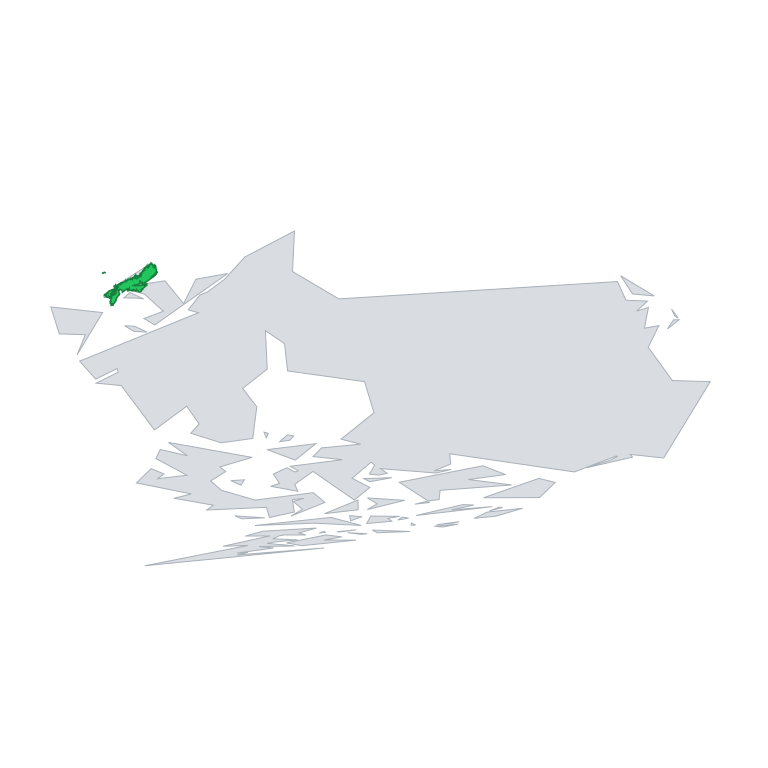 Nova Scotia highlighted on a map of Canada, rotated 175°
{"feature_id": "CAN-685", "entity_name": "Nova Scotia", "entity_type": "Province", "adm_level": 1, "iso_a3": "CAN", "parent_name": "Canada", "parent_adm1": "", "projection": "equal_earth", "projection_center": [-62.958, 45.228], "detail": "fine", "context": "in_parent", "style": "filled", "palette": "green", "viewbox_px": 768, "rotation_deg": 175, "n_neighbors": 0, "source": "natural_earth", "source_scale": "10m", "svg_char_len": 9806}
<svg xmlns="http://www.w3.org/2000/svg" viewBox="0 0 768 768"><g transform="rotate(175 384 384)"><path d="M117.6,397.6L96.4,362.3L58.8,357.9L111.8,285.9L144.9,292.4L142.7,289.5L189.8,282.9L164.9,288.5L158.0,291.3L158.9,292.1L202.0,279.8L324.6,308.8L324.5,298.5L341.7,293.1L324.4,293.0L340.0,290.8L394.8,300.0L388.6,294.7L397.3,293.7L406.3,295.5L400.4,304.0L403.7,307.2L424.1,292.9L407.1,282.2L423.7,271.0L462.3,303.1L481.7,291.8L479.1,284.6L505.8,292.0L496.7,294.1L502.1,303.9L487.9,309.0L481.1,304.6L479.1,304.2L477.1,305.1L484.5,310.2L432.1,312.2L461.0,317.9L451.7,325.8L412.4,326.1L431.6,332.8L396.5,356.2L403.1,388.0L478.9,405.4L479.6,432.9L497.5,447.5L499.0,409.1L525.2,391.9L512.7,372.4L519.5,341.2L551.3,339.6L580.8,351.8L571.6,360.3L582.5,379.1L616.7,358.2L645.9,405.4L670.7,409.9L647.8,418.9L648.4,422.7L670.8,414.0L685.2,433.3L562.6,471.2L572.5,474.9L559.7,488.6L551.9,491.1L533.8,502.1L511.5,522.7L459.9,544.2L465.3,504.0L421.6,472.7L142.5,465.7L135.7,446.4L114.3,443.6L126.0,434.5L113.9,437.3L119.7,416.9L105.1,418.2L117.6,397.6ZM473.9,277.0L485.4,276.9L484.4,264.3L509.7,261.0L511.9,271.4L571.6,273.9L564.7,278.2L603.2,288.5L585.5,291.3L639.2,307.0L623.4,320.0L611.1,313.6L617.7,309.4L588.2,310.3L617.7,329.6L612.6,338.3L586.0,329.6L603.8,344.6L521.8,322.4L554.7,315.7L549.3,310.6L565.1,302.6L555.2,292.3L522.5,279.6L464.0,281.9L453.2,271.2L488.2,260.5L476.2,266.3L484.6,274.9L473.9,277.0ZM457.8,225.9L638.2,223.8L533.6,235.0L558.5,236.4L510.9,242.6L535.4,244.6L517.5,247.9L463.7,246.4L481.6,243.1L475.0,240.4L496.1,242.3L501.6,241.9L508.3,239.5L483.6,236.2L505.0,236.2L514.4,235.4L487.2,230.5L522.6,232.9L508.2,230.3L545.1,228.4L534.2,228.1L545.3,226.5L457.8,225.9ZM265.6,272.3L337.4,273.2L339.2,264.1L350.5,263.8L377.4,284.8L292.7,293.9L270.8,283.2L308.3,281.5L265.6,272.3ZM593.3,505.9L576.6,481.5L562.3,504.8L530.1,507.7L607.3,462.8L617.4,470.2L597.4,475.7L614.9,494.5L643.9,504.6L606.7,523.9L601.8,513.1L624.5,503.8L593.3,505.9ZM239.0,257.3L294.8,262.0L237.9,276.5L222.1,271.0L239.0,257.3ZM425.5,230.9L480.2,230.1L494.9,234.2L454.9,238.7L439.4,235.4L457.3,233.8L425.5,230.9ZM419.0,245.1L466.1,251.5L524.9,254.3L448.6,255.7L419.0,245.1ZM286.8,252.4L363.5,250.2L315.9,257.0L305.0,255.6L327.6,252.7L286.8,252.4ZM687.2,439.8L677.2,459.2L703.1,462.2L709.2,489.8L658.1,479.7L687.2,439.8ZM373.5,266.3L411.6,260.4L401.3,265.2L410.4,271.9L373.5,266.3ZM457.2,330.5L479.0,315.9L506.2,328.8L457.2,330.5ZM420.7,261.0L454.5,260.0L420.0,270.7L420.7,261.0ZM305.9,242.3L292.3,247.4L256.7,248.1L284.0,242.6L305.9,242.3ZM413.4,246.5L408.7,253.6L380.0,250.8L391.8,249.8L388.2,246.6L413.4,246.5ZM370.8,234.8L403.7,236.4L408.4,239.5L370.8,234.8ZM107.2,448.2L128.5,452.0L138.8,471.2L107.2,448.2ZM514.4,261.1L537.4,262.1L544.0,265.6L514.4,261.1ZM384.3,290.0L406.7,287.9L412.4,291.5L384.3,290.0ZM429.3,250.6L429.6,255.8L417.4,253.7L429.3,250.6ZM419.7,236.2L433.3,239.1L413.8,236.3L419.7,236.2ZM535.4,295.6L545.0,301.1L531.4,300.7L535.4,295.6ZM327.5,239.4L343.9,239.2L321.0,240.3L327.5,239.4ZM363.6,261.6L352.8,263.2L348.5,262.0L363.6,261.6ZM648.2,486.3L646.3,499.7L649.8,493.7L653.8,497.4L646.9,501.4L640.4,500.1L648.2,486.3ZM337.9,236.4L346.3,237.9L322.3,238.0L337.9,236.4ZM637.3,464.6L627.2,463.2L615.7,456.4L628.7,458.3L637.3,464.6ZM492.8,335.7L484.5,341.8L478.4,340.0L482.9,336.1L492.8,335.7ZM84.4,422.3L96.8,414.2L90.0,422.7L84.4,422.3ZM424.4,241.1L441.1,240.5L443.7,241.0L424.4,241.1ZM382.1,247.3L377.1,249.9L371.2,248.2L382.1,247.3ZM616.0,489.7L622.0,491.0L635.6,492.5L629.2,497.3L616.0,489.7ZM506.0,340.7L507.7,346.5L503.6,345.0L506.0,340.7ZM290.0,248.3L280.0,251.2L276.7,250.7L290.0,248.3ZM461.6,241.2L456.2,242.4L455.4,241.4L461.6,241.2ZM369.3,241.0L368.8,243.1L364.8,240.7L369.3,241.0ZM85.2,423.9L88.5,426.5L91.0,433.6L85.2,423.9Z" fill="#d9dde1" stroke="#a8b0b8" stroke-width="1"/><path d="M618.0,497.4L619.3,497.0L620.1,497.2L620.9,498.2L621.7,498.4L621.3,498.7L621.9,498.6L622.0,498.9L622.1,498.4L623.5,498.3L624.2,498.6L623.6,498.5L624.0,498.9L623.3,499.1L625.7,499.1L624.4,499.5L625.2,500.0L626.0,499.4L625.9,499.8L627.0,499.6L626.6,499.1L629.4,499.5L630.3,499.5L629.6,499.6L630.6,500.1L629.5,500.5L629.3,500.9L629.7,500.6L629.6,501.2L630.0,500.7L630.4,501.0L630.4,500.5L630.8,500.3L631.9,500.6L631.6,501.2L632.0,501.2L632.9,500.5L632.2,500.7L632.4,500.5L633.6,500.2L636.6,498.2L636.7,498.4L636.5,498.8L636.9,500.3L638.3,501.1L638.8,500.9L639.0,501.2L639.5,500.4L640.1,500.3L640.8,501.0L641.3,501.8L642.2,502.3L642.1,502.9L640.2,503.7L640.3,503.9L644.2,504.2L644.4,504.4L644.4,504.8L643.9,504.5L644.0,504.9L643.2,505.5L642.9,505.2L643.2,504.8L642.8,504.9L642.7,505.6L642.4,505.0L641.9,505.0L641.3,505.4L641.2,505.7L641.4,505.7L641.0,506.0L639.5,506.2L638.5,505.9L638.4,505.9L638.9,506.5L638.6,506.5L638.9,506.8L638.3,506.6L637.9,506.7L637.9,506.9L637.3,506.7L637.5,506.9L637.1,506.9L637.2,507.3L636.9,507.2L636.8,507.4L636.4,507.2L636.4,507.5L636.1,507.4L635.9,507.6L635.8,507.4L635.5,507.6L636.0,507.9L634.0,508.2L633.6,508.5L633.1,508.6L633.1,508.9L632.6,508.7L632.2,509.6L631.9,508.8L631.7,509.2L631.3,509.2L631.2,509.5L631.5,509.9L630.8,509.5L630.5,510.0L629.2,510.1L629.0,510.5L629.3,510.7L629.0,510.8L628.2,510.6L627.7,510.9L627.5,510.2L627.1,510.2L627.5,510.9L627.1,511.3L627.0,510.8L626.8,510.7L626.6,510.0L626.4,511.1L626.3,510.7L625.8,511.2L625.6,510.6L625.5,510.9L625.6,511.1L625.2,511.8L624.3,511.6L624.1,511.5L624.3,511.4L624.1,511.2L623.8,511.4L624.1,511.7L623.9,512.1L622.1,510.8L622.2,511.3L622.9,511.7L623.2,513.0L623.0,513.5L622.7,513.6L622.6,513.3L622.3,513.8L622.3,513.5L621.6,513.7L621.2,513.1L620.9,513.5L620.8,513.3L621.0,512.8L620.3,513.2L619.8,513.1L619.7,512.6L619.9,512.2L619.7,511.9L620.2,511.0L618.7,511.7L618.7,512.2L619.1,513.1L618.9,512.9L618.6,513.4L618.2,513.3L618.2,512.8L617.9,512.3L617.5,512.4L617.3,512.8L616.7,512.5L616.7,513.1L616.5,513.4L616.7,513.5L616.3,513.7L616.4,514.1L616.9,514.1L617.1,514.2L616.6,514.5L617.5,514.6L616.3,514.6L616.4,515.0L617.0,515.0L616.8,515.4L617.2,515.4L617.0,515.7L616.6,515.7L616.4,515.4L615.6,514.9L616.2,515.4L616.2,515.7L615.6,516.1L615.0,517.1L614.1,516.9L614.0,517.1L614.6,517.3L614.4,517.9L613.2,518.0L613.6,518.2L613.6,518.6L612.1,519.4L612.6,520.0L612.4,520.0L612.1,520.5L611.5,519.9L611.8,520.7L611.6,520.7L611.1,520.0L611.4,520.7L610.9,521.3L610.5,520.4L610.6,521.7L610.1,521.8L610.1,521.3L609.7,522.2L609.6,521.3L609.3,521.8L608.8,520.7L608.6,521.1L608.9,521.7L608.7,522.2L608.0,521.9L608.1,521.2L607.7,521.4L608.0,522.2L607.8,522.9L607.9,523.6L607.6,523.2L607.4,523.4L606.9,523.0L607.4,524.0L607.0,523.4L606.7,523.8L606.8,524.4L606.0,523.3L605.1,524.1L604.6,523.9L604.5,523.2L604.4,523.1L604.4,523.5L604.2,523.3L604.2,522.0L604.0,522.4L604.0,522.9L603.9,522.6L603.6,520.7L603.4,521.1L602.9,520.5L603.0,520.7L602.6,521.0L602.4,520.2L602.4,520.7L602.7,521.5L602.6,521.8L602.5,521.5L602.2,521.9L602.0,521.4L601.9,521.7L601.7,521.1L601.4,521.4L601.3,520.7L601.5,520.3L601.1,520.5L601.0,520.1L601.2,518.5L600.9,517.7L600.7,517.7L600.9,516.8L601.3,516.1L601.7,514.5L603.9,512.4L603.0,512.3L600.9,514.4L601.0,513.9L602.5,512.3L604.3,511.0L604.6,512.0L605.1,511.9L606.4,510.6L607.3,510.2L604.7,511.4L604.6,511.2L604.9,510.7L612.1,506.3L615.8,504.8L616.0,504.5L615.1,504.2L615.3,504.1L616.5,504.4L616.3,505.9L616.0,506.2L616.2,506.6L616.7,506.2L617.4,506.6L618.0,507.2L618.0,507.9L618.4,507.8L618.4,507.1L617.6,506.2L618.3,505.4L620.7,504.8L620.9,504.4L621.5,504.5L621.6,504.3L623.2,504.2L623.7,504.6L624.0,504.1L624.6,503.9L622.7,503.5L620.8,503.5L620.2,504.0L619.8,503.5L618.4,503.3L616.7,503.4L616.7,503.7L616.1,503.8L614.5,503.3L613.7,503.6L613.4,503.9L613.5,504.3L613.0,504.5L612.9,504.2L612.4,504.0L611.6,504.3L611.8,503.1L612.7,502.7L612.4,502.6L613.9,501.8L613.9,501.5L615.5,500.4L615.7,500.1L615.7,499.8L616.2,499.3L616.8,498.9L616.9,499.1L616.6,499.4L616.5,499.8L617.1,499.5L616.8,499.4L617.3,498.3L618.0,497.4ZM651.7,499.3L650.9,499.5L650.5,500.2L649.1,500.9L648.5,500.8L646.9,501.6L646.3,501.7L646.2,501.4L645.4,501.3L645.2,500.8L644.9,501.2L643.9,501.2L644.0,501.4L642.9,501.8L642.7,501.8L642.9,501.5L642.4,501.2L641.8,501.9L641.4,501.7L640.5,500.4L640.0,498.8L640.1,498.2L639.5,496.8L640.2,496.2L640.3,495.5L641.8,494.4L643.3,492.1L643.8,491.0L643.6,490.6L643.7,490.4L643.9,490.2L643.8,490.7L644.8,488.9L646.4,487.4L646.9,486.4L647.3,486.0L648.2,486.4L648.9,486.1L648.9,486.5L648.1,487.5L648.5,487.5L648.5,487.8L649.4,487.7L649.7,487.9L649.4,489.6L649.0,489.9L649.3,490.1L649.1,490.2L649.4,490.6L648.8,491.4L648.5,492.5L647.3,494.8L648.4,493.6L648.8,493.5L648.8,494.0L647.1,495.8L645.6,496.4L645.1,496.5L645.3,496.2L645.1,496.2L644.2,497.2L643.1,497.6L643.1,497.8L644.0,497.7L645.1,496.7L646.3,496.4L645.6,497.7L645.0,498.0L643.5,498.1L643.3,498.6L644.2,498.2L644.8,498.6L644.4,498.5L644.7,498.9L644.0,498.9L643.3,499.4L643.0,499.8L643.2,499.7L643.2,499.9L642.9,500.2L643.5,500.3L644.8,499.6L645.7,500.0L645.5,500.9L646.1,500.3L646.3,500.4L646.3,499.5L649.1,497.1L646.6,498.2L645.9,497.8L645.9,497.5L648.3,495.9L649.2,494.9L649.8,494.7L649.0,494.7L647.3,496.2L647.0,496.3L648.4,494.5L649.4,493.7L650.0,493.5L650.6,494.5L649.9,495.4L650.3,495.1L650.6,495.5L650.7,494.8L651.2,494.3L652.0,494.6L651.6,494.8L652.8,494.9L652.9,495.3L653.9,495.2L653.5,495.6L653.3,496.2L653.9,495.9L652.7,496.7L653.0,497.1L653.7,497.0L654.0,497.7L652.6,498.0L652.6,498.4L651.3,498.4L651.1,498.7L651.8,499.0L651.7,499.3ZM644.1,501.5L645.1,501.7L644.5,502.0L644.6,502.4L644.1,502.8L644.0,502.7L644.1,502.4L643.6,502.3L643.2,501.9L644.1,501.5ZM654.4,519.0L655.2,518.5L654.3,519.3L653.5,519.5L652.6,519.6L651.6,519.0L652.7,519.3L654.4,519.0ZM605.6,524.3L605.6,524.0L606.0,524.0L605.5,524.9L605.2,524.5L605.6,524.3ZM600.1,515.1L600.8,514.3L599.7,515.8L600.1,515.1ZM654.8,497.1L654.6,497.0L654.2,497.0L654.9,496.7L654.8,497.1ZM630.9,499.1L631.7,498.9L631.2,499.2L630.9,499.1Z" fill="#22c55e" stroke="#15803d" stroke-width="1.5"/></g></svg>